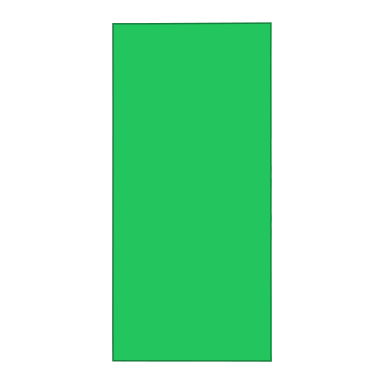 the district of Goshen, Wyoming, United States of America
{"feature_id": "52423323B4869089026067", "entity_name": "Goshen", "entity_type": "district", "adm_level": 2, "iso_a3": "USA", "parent_name": "United States of America", "parent_adm1": "Wyoming", "projection": "robinson", "projection_center": [-104.151, 42.088], "detail": "fine", "context": "isolated", "style": "filled", "palette": "green", "viewbox_px": 384, "rotation_deg": 0, "n_neighbors": 0, "source": "geoboundaries", "source_scale": "gbopen_adm2", "svg_char_len": 595}
<svg xmlns="http://www.w3.org/2000/svg" viewBox="0 0 384 384"><path d="M112.9,332.3L113.0,360.7L128.9,360.8L250.4,360.9L271.1,361.0L271.0,351.9L271.0,345.0L271.0,342.0L271.0,337.1L271.0,334.9L271.0,317.8L271.0,306.4L270.9,257.3L270.9,250.7L270.9,247.8L271.0,229.1L270.9,228.2L270.9,222.1L271.0,222.0L271.0,220.8L271.0,219.8L271.0,215.1L270.9,213.4L270.9,196.2L270.9,191.7L271.0,180.1L270.9,177.2L270.9,176.1L271.0,166.6L270.9,165.5L270.8,139.8L270.9,137.1L270.8,59.1L270.9,23.3L270.9,23.1L145.5,23.8L113.0,23.8L113.1,113.4L112.9,332.3Z" fill="#22c55e" stroke="#15803d" stroke-width="1.5"/></svg>